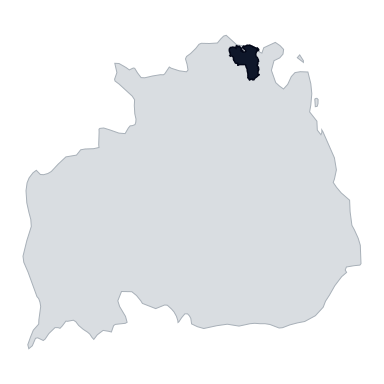 location of Tuek Chhou, Kâmpôt, Cambodia, rotated 180°
{"feature_id": "14789045B84051189014149", "entity_name": "Tuek Chhou", "entity_type": "district", "adm_level": 2, "iso_a3": "KHM", "parent_name": "Cambodia", "parent_adm1": "Kâmpôt", "projection": "robinson", "projection_center": [104.095, 10.787], "detail": "fine", "context": "in_parent", "style": "filled", "palette": "ink", "viewbox_px": 384, "rotation_deg": 180, "n_neighbors": 0, "source": "geoboundaries", "source_scale": "gbopen_adm2", "svg_char_len": 7275}
<svg xmlns="http://www.w3.org/2000/svg" viewBox="0 0 384 384"><g transform="rotate(180 192 192)"><path d="M355.2,35.3L356.2,39.3L353.5,46.9L350.7,53.8L345.3,59.9L345.1,64.3L343.3,77.5L344.0,81.7L345.3,85.4L347.0,87.3L351.7,100.2L356.0,112.0L360.2,121.7L361.0,127.8L357.2,143.3L352.7,157.5L353.2,164.6L355.1,171.7L357.2,181.2L358.0,193.3L356.9,201.2L354.9,206.1L351.0,211.2L347.7,213.7L343.6,209.5L340.4,209.3L336.1,210.5L332.7,212.5L325.8,219.9L318.1,227.1L307.5,228.9L303.3,234.2L298.9,235.0L290.5,235.3L285.0,236.5L285.3,239.2L284.9,251.8L285.0,254.8L284.1,255.6L280.3,256.0L273.9,254.0L265.1,250.9L258.9,250.4L255.7,255.9L253.9,258.1L251.5,258.4L249.0,259.4L248.2,261.8L248.0,264.9L249.2,270.2L249.7,278.5L249.4,284.2L251.7,287.8L265.0,300.0L269.0,303.0L269.4,304.8L267.1,311.4L269.2,320.7L265.0,320.5L258.0,316.5L254.7,314.1L250.7,316.0L249.3,315.7L246.5,311.1L242.9,306.4L239.3,306.2L231.5,308.0L223.6,309.3L220.6,309.2L219.3,310.1L214.7,317.0L212.8,315.8L204.8,313.2L197.5,312.2L196.0,314.0L196.9,319.6L198.5,325.1L197.5,327.5L193.5,330.4L188.2,335.6L185.0,339.7L182.7,340.7L174.7,340.5L166.6,341.0L163.4,344.9L160.4,347.9L157.8,348.7L147.3,339.2L126.4,335.9L124.1,331.7L122.1,330.9L120.2,336.3L108.7,341.6L104.0,338.4L100.4,334.6L101.0,329.9L104.3,326.1L110.0,323.3L112.6,313.7L108.3,301.4L104.5,297.9L100.5,295.0L96.3,299.6L92.7,307.4L89.0,311.4L83.8,312.3L76.1,312.0L73.2,300.3L72.2,290.3L73.2,278.9L74.4,272.1L67.1,262.8L66.7,253.9L63.1,249.3L62.1,251.6L62.2,254.1L61.1,252.3L49.6,226.2L47.6,214.1L49.6,204.8L50.8,201.6L47.5,196.7L42.8,191.1L34.4,183.8L33.9,172.3L32.1,158.7L29.6,154.1L25.8,145.7L23.7,138.7L23.0,120.3L24.1,118.9L30.0,118.3L37.6,117.0L38.8,114.0L37.4,111.6L42.3,107.4L49.2,98.3L54.6,88.8L58.5,82.8L60.8,76.8L68.6,68.3L79.3,62.5L86.6,61.1L94.2,59.1L101.5,56.3L104.9,56.0L114.0,59.5L118.9,60.3L124.0,60.3L129.3,60.7L133.9,60.3L145.0,57.9L156.7,59.8L167.2,58.3L180.2,55.5L186.6,57.3L192.4,60.1L193.2,65.6L194.6,68.2L196.5,70.2L199.1,70.2L202.4,66.3L205.1,62.2L206.0,61.5L206.2,63.5L207.6,67.8L210.0,72.1L212.5,75.0L216.7,78.8L219.4,79.0L228.3,75.4L241.6,80.6L243.2,83.2L247.5,88.5L252.2,92.3L262.5,92.5L266.2,83.2L264.4,77.5L258.5,67.6L256.9,61.7L258.7,60.7L268.7,59.6L270.4,58.4L272.6,52.0L275.3,52.7L280.9,53.6L286.7,49.2L290.2,44.6L292.1,46.7L294.2,49.9L296.4,51.8L300.7,54.6L305.3,58.5L308.2,62.3L310.6,63.8L316.5,62.7L318.1,62.9L321.6,58.2L324.0,55.7L326.0,56.4L329.0,56.4L335.2,50.4L338.8,45.0L340.7,43.5L346.3,46.2L348.5,45.7L351.7,38.2L355.2,35.3ZM69.2,284.9L68.1,285.6L67.0,285.6L65.9,284.5L66.0,280.3L66.8,277.7L68.7,277.3L69.2,284.9ZM86.7,326.3L84.3,329.1L80.6,323.3L80.6,321.6L86.7,326.3Z" fill="#d9dde1" stroke="#a8b0b8" stroke-width="1"/><path d="M134.9,303.7L134.7,303.8L134.2,304.1L133.9,304.3L133.7,304.5L133.4,304.7L133.0,304.8L132.2,304.9L131.8,305.0L131.7,304.9L131.6,304.3L131.5,304.2L131.4,304.2L131.0,304.3L130.4,304.3L130.2,304.2L130.0,304.5L129.2,305.6L128.7,306.2L128.2,306.5L127.9,306.7L127.6,306.9L126.9,307.5L126.5,307.8L126.3,308.1L126.1,308.4L125.9,308.5L125.3,308.8L125.1,308.9L125.0,309.1L125.2,309.3L125.3,309.5L125.2,309.6L125.4,309.7L125.5,309.7L125.8,309.7L126.0,309.8L126.1,310.0L126.2,310.9L126.3,311.2L126.0,311.6L126.2,312.3L126.1,312.9L126.1,313.0L125.9,313.1L125.7,313.1L125.5,313.6L125.5,314.0L125.2,314.7L125.2,314.9L125.4,315.1L125.8,315.3L126.1,315.6L126.0,315.8L125.7,315.9L125.5,316.0L125.5,316.5L125.7,317.0L126.2,317.4L126.4,317.6L126.6,318.0L126.9,318.7L126.8,318.9L126.7,319.0L126.5,319.4L126.4,319.6L126.3,319.9L126.2,320.1L126.1,320.4L126.2,320.8L126.3,321.0L126.2,321.8L126.1,322.0L125.5,322.5L125.4,322.6L125.4,322.8L125.6,323.3L125.6,324.0L125.7,324.3L126.3,325.5L126.4,325.8L126.7,326.3L126.9,326.7L127.5,326.9L127.7,327.0L128.0,327.8L128.1,328.2L128.1,328.9L128.3,329.4L128.4,329.8L128.2,330.2L128.2,330.6L127.9,331.2L127.8,331.6L127.6,332.0L127.6,332.3L127.4,332.8L127.4,333.0L127.1,333.2L127.0,333.3L127.0,333.2L126.9,333.4L126.9,333.5L126.7,333.5L126.8,333.6L126.7,333.7L126.7,333.8L126.6,333.7L126.5,333.4L126.4,333.4L126.3,333.6L126.2,333.3L125.9,333.5L126.0,333.6L126.0,333.8L125.7,333.9L125.5,334.0L125.3,334.4L125.4,334.6L125.6,334.9L125.8,335.0L126.0,335.3L126.3,335.6L126.6,335.8L126.8,335.9L127.0,335.7L127.0,335.8L127.2,335.7L127.6,335.8L127.8,335.8L128.0,335.9L128.1,336.0L128.6,336.2L128.9,336.2L129.0,336.3L129.5,336.6L129.8,336.8L130.0,337.0L130.3,337.1L130.7,337.2L130.9,337.2L131.1,337.1L131.1,337.3L131.4,337.6L131.7,337.8L131.9,337.7L132.1,337.8L132.4,338.0L132.5,338.1L132.8,338.2L133.1,338.3L133.3,338.3L133.5,338.6L133.8,338.6L134.1,338.7L134.3,338.6L134.5,338.6L134.7,338.8L134.8,338.7L135.0,338.7L135.4,338.7L135.5,338.7L135.9,338.6L136.1,338.7L136.4,338.8L136.5,338.8L136.8,338.8L137.0,338.8L137.2,338.7L137.6,338.3L138.0,338.1L138.3,337.9L138.4,338.0L138.6,338.0L138.6,337.9L138.9,337.7L139.0,337.6L139.3,337.6L139.5,337.5L139.8,337.6L140.1,337.8L140.3,337.9L140.5,337.6L141.0,337.4L141.2,337.0L141.4,336.6L141.5,336.4L141.4,336.4L141.2,336.2L140.7,335.9L140.2,335.8L140.0,335.7L139.7,335.4L139.9,335.1L139.4,334.8L138.8,334.2L138.5,333.7L138.1,332.6L138.3,332.4L139.3,332.0L140.0,331.9L140.3,332.0L140.6,331.8L140.9,331.8L141.0,331.9L141.3,332.0L141.2,332.3L141.2,333.2L141.2,333.4L141.3,333.6L141.6,333.3L142.0,332.9L142.4,332.8L142.7,332.8L142.8,332.9L142.7,333.5L142.7,333.8L142.9,333.9L143.1,334.0L143.0,334.3L142.7,334.6L142.5,335.4L142.5,335.5L142.9,335.6L143.2,336.2L143.4,336.3L143.6,336.4L143.7,336.5L143.8,336.9L144.1,337.1L144.3,337.1L144.5,337.2L144.8,337.3L145.1,337.3L145.3,337.3L145.7,337.3L146.0,337.1L146.3,337.2L146.3,337.3L146.5,337.4L146.8,338.0L147.0,338.2L147.2,338.3L147.5,338.6L147.4,338.4L147.5,338.4L147.4,337.9L147.5,337.9L147.8,337.6L147.9,337.4L147.8,336.8L148.1,335.6L148.4,335.8L149.0,336.4L149.2,336.6L149.4,336.6L149.6,336.6L149.8,336.7L150.1,336.7L150.5,336.7L150.6,336.8L151.0,336.9L151.3,336.8L151.5,336.9L152.0,336.8L152.2,336.6L152.4,336.5L152.6,336.5L153.6,336.5L153.7,336.1L153.8,335.8L153.8,335.7L154.1,335.6L154.3,335.6L154.4,335.4L154.5,335.3L154.6,335.1L154.7,334.8L154.7,334.6L154.7,334.3L154.7,333.7L154.7,333.4L154.7,333.1L154.7,332.9L154.4,332.6L154.3,332.3L154.3,332.0L154.3,331.9L154.1,331.8L153.9,331.5L154.0,331.4L153.9,331.2L154.0,331.0L153.8,330.5L153.7,330.3L153.7,329.9L153.6,329.6L153.6,329.2L153.6,328.8L153.6,328.7L153.9,328.7L154.1,328.6L153.8,328.3L153.8,328.1L153.7,327.8L152.9,328.1L152.6,328.1L152.4,328.1L151.7,327.7L151.3,327.4L151.1,327.2L150.6,326.5L150.4,326.1L150.4,325.9L150.6,325.3L150.5,324.5L150.4,324.2L150.2,323.6L150.0,323.4L149.8,323.2L149.7,323.0L149.4,322.7L149.3,322.3L148.9,321.5L148.6,321.0L148.1,320.8L147.5,320.7L147.0,320.6L146.6,320.7L146.2,320.7L146.2,318.8L145.7,318.8L145.3,319.0L145.4,319.4L138.5,319.4L137.7,316.6L137.5,316.2L137.3,316.0L137.2,315.8L137.0,315.2L136.8,314.8L136.7,314.6L136.8,314.1L136.7,313.9L136.7,313.7L136.8,313.0L136.5,312.6L136.4,311.5L136.3,311.4L136.2,311.2L136.2,310.6L136.0,309.8L136.0,309.7L136.1,309.3L136.2,308.9L136.1,308.7L136.0,308.3L136.0,308.0L136.2,306.2L135.5,305.9L135.1,305.3L135.1,305.1L134.9,304.6L134.8,304.3L134.7,303.9L134.9,303.7ZM144.9,337.5L144.8,337.4L144.6,337.3L144.4,337.3L144.6,337.6L144.7,337.8L144.8,337.8L144.7,337.5L144.8,337.5L145.0,337.7L144.9,337.5Z" fill="#0f172a" stroke="#020617" stroke-width="1.5"/></g></svg>